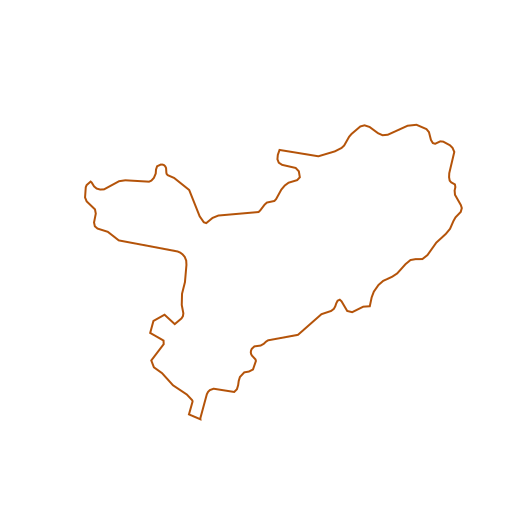 an SVG outline of Nuoro, rotated 17°
{"feature_id": "ITA-5376", "entity_name": "Nuoro", "entity_type": "Province", "adm_level": 1, "iso_a3": "ITA", "parent_name": "Italy", "parent_adm1": "", "projection": "albers", "projection_center": [9.253, 40.262], "detail": "fine", "context": "isolated", "style": "outline", "palette": "amber", "viewbox_px": 512, "rotation_deg": 17, "n_neighbors": 0, "source": "natural_earth", "source_scale": "10m", "svg_char_len": 2247}
<svg xmlns="http://www.w3.org/2000/svg" viewBox="0 0 512 512"><g transform="rotate(17 256 256)"><path d="M415.2,98.5L416.6,120.3L417.6,124.2L419.2,127.3L421.1,128.5L425.3,129.4L426.5,131.8L426.8,135.3L428.4,139.3L437.0,147.4L438.8,150.0L438.9,154.0L435.5,160.7L434.6,164.7L433.6,173.3L431.1,179.3L424.5,190.5L419.7,205.0L416.0,210.3L409.4,212.4L404.9,214.7L401.4,220.0L396.1,231.4L392.3,236.0L384.9,242.6L381.6,247.9L379.1,255.6L378.7,261.7L379.5,270.8L373.4,273.1L364.4,281.6L359.3,281.9L351.0,274.3L348.9,273.3L347.1,274.9L346.6,277.8L346.5,281.0L345.9,283.8L343.9,286.6L335.6,292.5L319.2,319.1L292.2,333.1L290.6,335.0L289.1,337.7L286.6,340.3L280.9,342.9L279.1,346.0L278.9,348.0L279.2,349.7L280.0,351.2L281.2,352.4L285.8,355.1L286.6,356.4L286.3,365.4L283.0,368.6L278.8,370.7L276.0,376.4L276.0,380.5L276.7,384.8L276.7,389.0L274.9,392.4L254.3,395.3L251.1,397.7L249.9,399.9L249.4,402.5L250.2,427.4L250.6,428.4L238.2,427.1L237.9,413.8L237.6,413.1L237.0,412.5L230.4,408.7L214.4,403.9L200.4,395.5L190.9,392.3L186.4,386.5L193.5,367.3L192.3,363.9L177.3,360.5L176.9,348.1L185.7,338.9L198.2,344.9L203.0,337.5L203.7,334.9L203.3,332.1L199.3,324.5L196.3,313.7L195.7,301.8L192.1,284.9L190.6,280.8L188.1,277.7L185.3,275.9L182.5,274.9L179.7,274.6L120.2,281.2L107.2,276.2L96.4,276.1L93.2,274.7L91.3,271.3L90.4,262.3L88.4,258.5L78.1,253.3L75.4,250.0L73.1,240.0L73.3,237.7L76.1,233.2L77.4,233.8L80.8,236.8L83.9,238.1L87.6,238.0L91.2,236.7L103.2,224.5L108.9,221.8L132.0,216.2L133.9,214.5L135.5,211.2L136.0,206.5L135.1,202.5L135.2,199.1L138.2,196.4L139.9,195.9L141.5,196.0L143.0,196.8L144.3,198.2L145.9,202.5L146.5,203.6L147.9,204.5L154.9,205.3L172.8,212.4L190.5,234.5L196.2,239.0L198.8,239.1L203.3,232.3L208.2,228.3L245.6,213.2L246.7,211.2L249.2,204.4L250.8,201.7L257.5,198.0L258.6,195.7L260.8,185.1L262.9,180.2L265.7,176.4L273.2,171.4L274.9,167.9L272.2,162.5L268.2,160.2L254.3,161.2L250.5,160.1L248.2,157.2L247.3,152.9L247.5,147.7L286.5,142.4L300.8,132.9L306.2,127.7L308.0,124.6L310.2,114.7L311.7,111.3L317.9,101.6L321.6,99.3L326.9,99.4L336.8,102.9L341.7,103.5L346.6,101.5L362.9,87.1L371.1,83.6L381.9,84.8L385.2,87.0L389.4,93.9L392.1,96.3L394.5,96.3L398.7,92.5L401.6,91.9L409.1,93.4L412.3,95.1L415.2,98.5Z" fill="none" stroke="#b45309" stroke-width="2"/></g></svg>